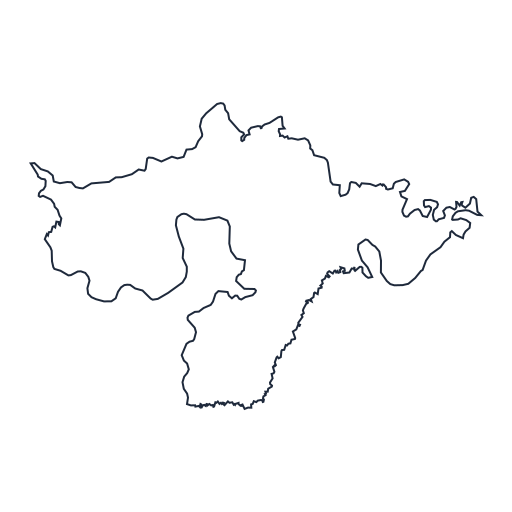 Fonte Boa, Amazonas, Brazil
{"feature_id": "56859067B70355458060690", "entity_name": "Fonte Boa", "entity_type": "district", "adm_level": 2, "iso_a3": "BRA", "parent_name": "Brazil", "parent_adm1": "Amazonas", "projection": "robinson", "projection_center": [-66.238, -2.546], "detail": "fine", "context": "isolated", "style": "outline", "palette": "slate", "viewbox_px": 512, "rotation_deg": 0, "n_neighbors": 0, "source": "geoboundaries", "source_scale": "gbopen_adm2", "svg_char_len": 6068}
<svg xmlns="http://www.w3.org/2000/svg" viewBox="0 0 512 512"><path d="M317.7,294.1L318.5,288.5L321.6,287.7L321.7,286.7L320.4,285.6L322.7,283.5L321.9,280.4L324.9,278.6L325.9,275.9L328.8,277.3L329.6,276.4L327.1,273.8L327.6,272.4L329.2,271.2L332.8,273.5L334.5,270.7L335.4,270.6L336.2,272.4L337.6,271.0L338.3,272.8L340.3,272.1L339.9,270.0L341.1,268.9L340.5,267.2L344.4,268.4L344.8,270.8L343.0,271.4L343.7,273.2L349.4,272.5L351.7,268.5L353.6,268.8L354.5,267.0L354.5,270.3L355.1,270.9L359.7,266.9L361.2,266.8L362.4,267.7L362.5,272.5L365.9,276.2L368.2,277.8L372.2,277.0L367.6,267.3L361.9,260.6L357.9,249.6L358.4,244.5L365.5,239.5L367.7,240.0L372.4,244.9L375.2,246.5L379.3,251.5L381.0,260.6L380.9,272.5L386.8,281.0L390.3,284.1L394.3,285.3L402.7,285.1L408.3,283.8L415.2,278.0L420.9,271.0L422.6,270.0L426.0,260.6L430.4,254.4L440.5,247.2L444.4,241.7L450.0,237.2L450.3,232.4L451.8,231.1L455.9,235.0L463.0,238.2L463.6,234.6L465.5,231.4L469.6,227.8L470.2,223.0L466.3,220.1L460.6,218.3L458.0,219.5L452.7,219.9L452.1,219.5L452.8,216.3L455.5,212.8L457.9,211.3L465.6,210.2L469.0,210.7L477.2,214.9L481.3,215.2L477.5,211.6L476.2,199.1L473.7,196.9L471.2,197.8L469.9,203.6L465.4,207.7L462.2,205.6L461.6,204.2L462.4,202.0L461.2,202.2L459.7,205.6L457.0,202.0L456.1,201.9L456.5,206.9L455.5,208.9L454.5,209.5L449.8,207.0L446.4,207.7L443.2,211.0L444.9,215.4L444.0,217.9L438.7,219.3L437.0,221.2L435.9,221.3L433.8,219.6L432.8,214.9L434.1,209.8L437.1,207.2L438.0,204.3L436.8,201.9L430.4,199.9L424.8,200.1L423.8,201.2L424.0,205.4L425.1,207.1L428.9,206.1L431.0,207.6L430.9,209.8L427.1,217.0L422.7,216.0L419.9,210.5L418.1,209.1L414.6,210.0L410.0,213.6L407.9,216.4L406.1,216.7L404.0,215.6L402.4,211.9L402.5,209.7L407.0,199.1L401.4,196.4L400.0,192.0L404.9,190.9L409.2,184.1L408.1,181.8L404.2,179.4L395.7,182.0L393.9,183.7L392.7,188.3L387.9,189.5L386.1,188.8L386.1,187.3L383.7,184.5L382.9,184.4L382.4,185.5L380.4,184.0L375.8,186.1L370.1,184.0L361.7,183.3L359.6,186.7L355.8,182.9L351.3,182.0L350.0,183.2L349.2,189.4L347.6,193.1L345.6,194.7L340.7,196.1L339.3,193.0L339.8,185.2L332.9,184.5L330.6,181.6L327.9,162.7L326.9,160.1L324.3,157.8L314.1,155.2L312.4,150.2L310.2,148.5L310.3,145.4L308.1,140.4L304.7,138.3L298.0,139.7L291.7,138.3L288.3,138.7L287.4,136.3L284.6,137.5L282.6,135.6L280.0,136.0L280.1,134.4L278.7,131.2L279.0,129.0L284.6,128.5L282.6,125.8L281.9,117.3L280.8,116.6L278.2,117.3L269.5,122.9L264.6,124.5L262.1,126.4L261.5,128.1L260.8,128.2L260.1,126.3L257.8,126.1L251.1,127.7L248.5,130.4L249.6,134.4L246.5,135.1L244.3,137.9L244.2,139.8L242.2,141.1L241.3,140.4L241.3,137.3L244.1,134.4L243.3,132.7L239.7,131.2L229.2,119.3L228.1,113.2L225.3,109.8L224.6,105.5L223.2,103.6L220.7,103.1L217.1,104.0L206.2,113.3L201.7,118.7L199.9,126.4L202.2,134.2L202.0,136.3L198.2,141.2L195.6,147.2L192.1,149.1L186.5,149.6L183.6,156.9L177.5,158.4L171.9,156.7L161.4,161.5L152.9,157.9L148.7,157.5L147.2,158.6L145.7,169.0L144.5,170.7L138.7,169.5L131.9,174.2L121.7,177.2L115.8,177.4L109.1,181.9L91.4,183.4L82.9,188.4L79.4,188.0L75.6,187.0L71.6,182.3L67.3,182.0L59.9,183.2L53.8,181.5L52.7,175.5L47.8,171.4L40.8,169.1L34.5,163.1L30.7,163.4L37.7,174.6L38.0,176.5L41.4,178.8L44.8,179.3L45.7,180.9L45.4,186.2L43.4,189.5L40.9,190.8L39.0,193.3L38.7,195.9L40.1,196.9L43.0,195.8L51.0,199.6L54.1,203.8L54.7,206.8L57.6,209.8L59.5,215.6L61.3,218.4L59.9,225.3L58.8,224.2L58.7,222.0L56.4,221.6L55.2,227.4L53.9,226.3L52.6,226.8L51.2,231.9L48.8,232.2L48.0,235.5L46.8,234.1L44.8,239.2L50.4,247.3L51.7,250.7L52.0,261.3L53.3,267.1L54.4,268.9L60.6,270.8L68.4,275.4L70.9,275.1L77.7,271.5L80.8,271.3L85.3,272.9L88.3,276.8L89.5,280.7L87.4,288.2L88.1,293.8L91.5,297.2L96.0,299.2L104.0,301.4L111.4,301.3L115.7,298.3L118.0,291.8L121.0,287.4L124.3,285.1L127.2,284.7L130.2,284.9L135.2,288.5L142.5,290.5L150.7,298.6L152.7,299.7L157.8,298.9L168.1,292.9L182.5,282.5L185.8,277.1L186.8,271.6L186.8,266.7L182.7,258.0L183.4,248.7L178.8,236.5L175.9,225.3L176.4,219.6L177.4,217.0L181.4,214.2L183.9,213.7L186.5,214.2L194.9,219.5L204.1,219.8L219.0,217.2L227.4,220.6L229.8,226.5L229.3,243.6L231.1,251.3L236.5,258.6L245.0,260.2L243.9,270.2L241.9,271.4L240.9,274.1L238.8,274.7L236.7,277.2L236.1,281.0L244.3,288.8L254.5,289.0L255.9,290.5L255.4,292.3L252.6,295.2L245.3,297.1L241.3,299.5L239.3,298.8L237.2,295.7L235.2,295.6L231.9,298.3L228.9,295.7L227.6,292.0L218.4,291.1L215.5,293.9L213.0,301.6L210.7,304.9L203.6,308.0L198.9,311.6L194.8,311.9L188.4,315.6L187.5,317.7L187.8,319.9L194.7,327.7L196.0,332.2L194.2,339.1L193.0,340.8L189.5,341.7L186.5,343.8L181.7,355.2L183.9,360.6L187.1,363.5L188.8,369.3L187.2,373.1L184.2,376.6L182.5,382.2L183.8,388.8L187.1,393.6L188.0,397.6L187.0,404.1L190.9,405.4L195.1,405.3L195.4,406.6L198.9,405.9L199.9,407.0L200.1,405.8L201.7,407.3L203.0,405.2L204.3,404.9L205.4,405.8L206.5,404.0L207.4,404.2L207.4,405.5L209.4,404.0L211.2,405.4L212.8,405.0L213.4,406.8L214.1,406.5L215.4,402.3L216.4,402.8L217.8,401.5L219.5,403.9L220.9,402.8L221.8,403.9L222.9,402.6L223.8,402.9L223.1,404.0L224.5,405.2L227.9,401.4L229.5,402.8L232.3,402.3L233.7,404.7L234.4,404.1L235.1,404.9L235.7,403.8L238.5,402.9L238.5,404.0L240.1,405.4L241.7,404.8L241.4,405.9L242.0,405.9L242.8,405.2L244.6,408.9L248.0,407.6L251.3,407.7L251.1,404.4L252.7,403.9L253.8,401.2L256.3,402.1L257.8,400.6L261.0,400.0L262.2,400.3L262.8,402.0L263.4,401.8L263.9,399.6L263.0,398.4L263.4,396.4L265.5,395.2L264.9,394.0L266.0,393.6L265.4,391.7L267.7,391.7L268.2,388.7L271.8,386.6L272.0,385.6L270.2,384.1L270.0,382.5L272.6,378.4L271.6,373.9L273.6,373.3L274.4,371.8L272.9,367.0L274.5,365.3L274.9,366.1L275.9,365.2L274.8,362.4L276.6,357.4L277.3,356.7L278.7,358.3L280.8,357.1L281.4,351.1L281.9,350.1L284.2,349.8L285.7,345.0L287.0,345.5L288.4,343.7L290.4,343.4L291.5,339.7L294.9,339.0L295.2,338.1L292.9,331.5L296.3,329.4L297.9,325.3L299.5,325.9L300.0,324.8L298.4,324.2L298.3,322.7L302.5,316.9L301.4,315.0L303.8,313.2L302.9,310.4L303.6,308.5L306.2,303.8L307.8,303.0L307.9,302.3L306.0,301.5L306.3,300.7L309.0,300.0L311.6,301.4L310.8,299.0L313.5,297.1L314.1,293.0L314.8,292.5L317.7,294.1ZM200.1,405.8L200.5,404.0L201.2,404.4L201.2,405.2L200.1,405.8Z" fill="none" stroke="#1e293b" stroke-width="2"/></svg>